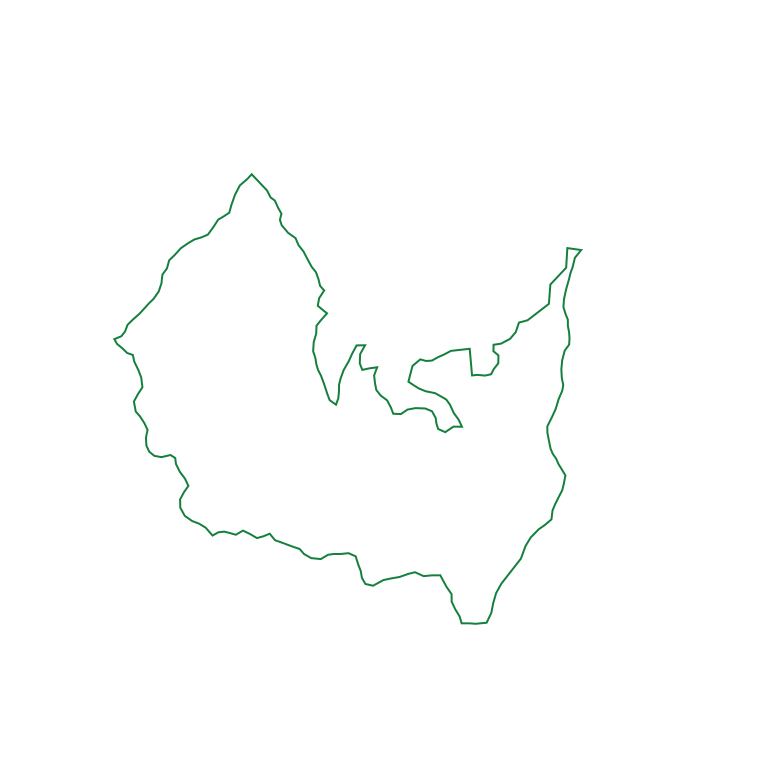 outline of Presidente Getúlio, Santa Catarina, Brazil, rotated 46°
{"feature_id": "56859067B44549542667052", "entity_name": "Presidente Getúlio", "entity_type": "district", "adm_level": 2, "iso_a3": "BRA", "parent_name": "Brazil", "parent_adm1": "Santa Catarina", "projection": "robinson", "projection_center": [-49.714, -27.036], "detail": "fine", "context": "isolated", "style": "outline", "palette": "green", "viewbox_px": 768, "rotation_deg": 46, "n_neighbors": 0, "source": "geoboundaries", "source_scale": "gbopen_adm2", "svg_char_len": 3261}
<svg xmlns="http://www.w3.org/2000/svg" viewBox="0 0 768 768"><g transform="rotate(46 384 384)"><path d="M144.4,359.8L149.2,369.4L153.3,376.3L152.0,383.2L150.6,389.1L152.6,397.7L154.2,407.0L151.7,413.5L148.4,419.8L146.6,427.2L145.2,435.8L145.8,444.8L145.8,452.6L150.1,459.9L151.4,467.4L157.1,474.3L161.0,481.9L162.7,490.6L162.7,497.1L163.2,504.3L163.6,510.9L163.2,520.1L163.3,527.4L166.3,533.7L167.2,539.8L164.4,546.8L169.7,548.2L176.7,547.4L183.3,547.2L188.6,544.5L194.5,548.1L203.3,551.0L210.6,554.1L218.5,560.0L220.4,568.2L222.9,576.1L231.3,581.7L237.8,582.0L245.8,583.6L252.7,585.9L257.3,592.6L263.4,597.8L269.7,599.9L276.2,599.1L282.0,594.9L286.8,586.9L292.2,585.6L297.0,589.2L305.4,591.9L313.8,592.9L321.4,595.5L322.9,603.1L325.4,610.9L331.5,616.5L340.5,618.9L349.3,617.2L356.1,614.0L363.5,612.1L373.9,612.6L375.7,606.0L379.3,601.4L384.7,598.1L389.5,595.3L391.5,587.3L398.5,584.7L406.6,582.4L409.7,576.7L412.3,570.2L420.6,570.9L428.1,567.2L435.7,563.6L444.1,559.3L450.8,559.6L458.7,557.3L466.0,551.1L468.0,542.8L471.4,538.2L475.8,533.7L481.1,527.0L488.3,524.1L496.1,528.0L502.3,530.6L508.2,534.6L514.9,536.3L521.5,532.0L524.6,520.7L528.9,513.8L533.6,506.9L537.5,498.4L540.9,492.5L549.8,488.9L554.9,482.5L560.7,476.4L566.4,478.0L573.2,479.9L582.2,481.4L587.5,486.5L595.4,489.2L603.8,491.1L610.1,494.4L615.5,488.8L620.2,484.6L627.0,476.0L623.2,465.8L617.4,457.5L612.3,448.6L609.2,438.5L604.7,406.8L602.2,401.6L598.8,394.6L596.3,384.9L596.0,373.6L597.2,366.0L597.7,357.6L592.1,350.7L589.5,344.8L586.8,337.2L584.2,329.5L581.1,324.6L575.8,317.0L568.7,315.4L562.8,314.1L557.2,312.0L551.4,311.1L546.2,309.1L540.1,305.2L532.4,300.2L527.9,295.9L524.8,287.0L521.2,277.8L516.1,268.7L512.8,260.7L509.4,255.9L503.2,251.9L496.6,246.2L490.7,239.3L485.5,230.8L484.3,223.5L479.9,218.7L475.3,214.9L470.0,211.4L465.5,207.1L459.6,204.7L453.3,201.5L448.0,195.6L442.4,187.2L437.1,178.1L433.7,172.7L430.9,167.0L425.8,159.0L424.6,149.1L413.6,157.7L426.9,172.2L428.0,195.2L440.9,209.7L437.9,236.4L433.6,244.3L438.2,253.2L439.1,262.0L436.2,271.9L431.9,277.9L436.4,282.5L442.9,281.8L448.5,287.4L449.5,294.6L451.4,300.2L448.1,305.5L442.4,310.4L439.0,314.7L418.2,297.9L406.7,312.8L404.6,320.0L402.1,326.9L400.5,333.2L396.7,337.7L391.5,340.8L390.8,350.9L395.4,358.5L399.3,364.8L404.7,363.7L411.2,362.1L418.1,359.1L426.1,353.6L433.0,351.5L438.4,350.0L444.7,350.9L453.1,353.9L461.5,355.1L468.9,357.6L462.9,363.7L461.2,373.4L454.0,376.3L448.6,373.6L444.3,370.4L437.0,368.4L430.3,371.3L423.3,378.0L418.7,384.9L417.4,392.7L411.8,398.0L405.8,395.4L397.9,393.1L390.1,394.4L383.0,393.7L377.3,390.0L371.0,385.2L367.2,377.3L362.4,383.9L358.8,389.8L352.3,387.1L345.9,380.3L343.0,370.7L337.2,376.9L340.2,386.2L343.1,393.4L345.9,403.2L350.0,411.6L353.2,416.7L358.0,421.5L362.7,427.0L365.5,432.9L357.9,434.3L351.6,431.6L342.2,427.0L334.4,423.6L328.1,421.7L323.1,419.1L317.8,415.4L311.2,412.2L305.1,405.5L300.6,397.7L295.2,392.1L294.3,385.2L293.6,375.9L288.2,376.6L281.7,377.3L277.2,371.0L275.2,362.1L269.0,361.8L263.4,358.5L256.4,355.3L249.3,354.6L240.9,352.3L233.0,349.9L224.6,349.0L217.6,346.3L208.6,348.0L198.7,347.3L193.6,344.8L190.3,339.5L183.5,337.7L176.2,335.1L171.1,336.0L163.5,333.7L141.2,333.5L141.6,340.0L141.0,349.6L144.4,359.8Z" fill="none" stroke="#15803d" stroke-width="2"/></g></svg>